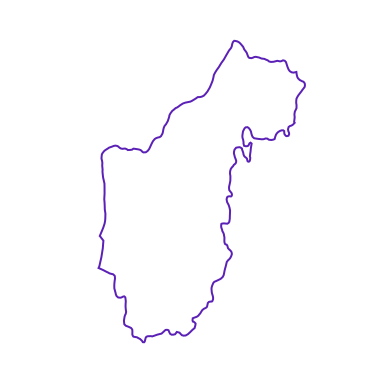 outline of Miory, Vitebsk, Belarus, rotated 279°
{"feature_id": "67162791B84307245476990", "entity_name": "Miory", "entity_type": "district", "adm_level": 2, "iso_a3": "BLR", "parent_name": "Belarus", "parent_adm1": "Vitebsk", "projection": "robinson", "projection_center": [27.827, 55.577], "detail": "fine", "context": "isolated", "style": "outline", "palette": "violet", "viewbox_px": 384, "rotation_deg": 279, "n_neighbors": 0, "source": "geoboundaries", "source_scale": "gbopen_adm2", "svg_char_len": 5929}
<svg xmlns="http://www.w3.org/2000/svg" viewBox="0 0 384 384"><g transform="rotate(279 192 192)"><path d="M58.1,215.9L58.3,215.9L59.5,216.0L61.0,216.2L62.7,216.1L63.4,215.2L64.1,214.1L64.2,213.1L65.3,212.6L66.6,212.5L67.4,212.5L68.0,213.5L68.9,215.1L69.4,216.1L70.8,217.6L72.3,218.4L73.3,219.1L75.3,219.9L76.9,220.6L78.5,222.0L79.3,223.2L80.3,224.4L81.2,224.8L83.0,224.9L84.8,225.0L86.0,225.8L86.4,226.6L86.7,227.6L86.9,228.7L87.5,229.2L89.4,229.6L91.3,229.3L92.8,228.7L94.2,228.0L95.8,227.3L99.0,226.5L100.2,226.3L102.2,226.5L105.3,227.2L106.8,228.1L107.7,229.6L108.8,231.2L110.0,232.9L110.7,233.9L111.6,234.6L113.0,235.7L115.0,236.3L116.9,236.4L119.8,236.5L121.9,236.7L123.5,236.9L125.7,237.1L128.4,237.3L130.2,238.3L131.3,239.2L132.6,240.0L134.5,240.7L136.9,241.1L138.2,240.7L139.3,240.1L140.4,238.8L141.2,237.5L142.2,236.3L144.3,235.4L145.4,234.5L145.5,233.5L146.0,232.6L147.3,232.0L148.8,231.6L150.4,231.4L152.4,231.1L153.6,230.6L155.2,230.1L156.8,229.2L158.0,228.2L159.5,227.6L160.9,226.8L162.0,226.3L163.7,226.0L165.1,226.0L165.5,226.6L166.0,228.4L166.1,230.0L166.2,231.8L167.1,232.9L168.4,233.5L171.5,233.5L174.6,233.1L178.1,232.7L179.7,232.5L182.4,231.5L184.8,230.3L185.9,229.5L187.3,228.4L188.4,227.9L190.3,227.3L192.3,227.5L193.1,228.2L193.6,229.4L193.7,231.2L194.6,231.9L196.1,231.8L197.4,231.0L198.4,229.8L199.7,228.5L201.5,228.0L203.0,227.8L206.1,228.0L209.1,228.1L211.3,227.8L213.9,227.4L215.9,226.7L218.4,226.4L220.8,226.7L222.5,227.5L223.7,228.4L225.4,229.1L226.2,229.9L227.1,230.6L228.6,230.9L229.7,230.8L231.8,229.7L233.1,228.9L235.0,228.1L236.9,227.3L238.6,227.2L240.5,227.4L242.6,228.6L243.2,230.1L243.7,232.0L243.5,233.0L242.8,234.5L241.8,234.8L240.4,235.6L238.7,236.5L237.4,236.9L235.8,237.8L234.9,238.9L234.3,240.1L233.6,241.0L232.2,241.6L231.2,242.0L230.9,242.4L230.8,243.4L230.9,243.5L231.8,244.2L233.6,244.3L235.0,244.2L236.2,243.6L239.0,243.5L241.0,243.5L244.0,243.3L245.6,243.3L247.8,243.3L249.2,243.3L249.9,242.1L249.1,241.2L246.6,240.4L245.8,239.1L245.6,237.6L245.8,236.2L247.9,235.3L249.3,235.1L251.7,234.3L253.2,233.5L255.0,233.0L257.0,232.9L259.9,232.9L263.0,233.9L264.2,234.8L264.7,236.6L264.1,238.0L262.6,239.6L260.9,240.8L258.8,241.6L257.2,242.4L255.9,243.3L254.8,245.0L254.8,246.9L254.8,248.7L255.0,252.8L255.4,254.5L256.4,256.4L256.5,258.1L255.7,259.7L255.7,261.0L255.8,262.3L256.4,264.0L257.2,265.3L259.8,265.6L261.8,266.0L263.3,266.7L264.8,267.8L266.2,269.5L267.0,271.1L267.2,272.5L266.6,273.5L264.0,274.1L263.4,274.5L262.2,275.8L262.0,277.0L262.7,278.5L264.4,278.9L265.8,278.5L267.0,277.7L269.0,277.0L271.4,277.3L272.6,278.6L273.1,279.7L273.7,280.5L274.4,281.2L275.7,282.1L276.4,282.6L277.2,281.9L280.1,281.8L282.0,281.7L283.1,281.4L284.8,281.0L287.5,281.0L289.4,281.6L291.2,282.1L294.4,281.6L296.2,281.0L298.2,280.7L300.5,280.6L302.7,281.3L304.5,282.1L306.7,283.3L308.3,284.2L309.8,284.9L311.8,286.0L313.3,286.8L314.7,286.9L316.3,286.6L317.5,285.9L318.4,284.7L318.6,283.4L319.1,282.1L319.5,280.8L320.9,278.9L322.1,278.0L324.5,277.0L326.9,276.3L326.3,274.9L325.8,273.6L325.8,271.7L326.6,269.7L328.0,268.3L330.6,266.7L332.4,265.8L335.0,264.5L336.1,263.1L336.3,261.3L335.2,259.8L334.8,258.5L334.9,255.6L334.2,254.1L333.4,252.2L332.8,249.6L333.0,247.7L333.9,246.2L334.3,244.3L334.8,242.7L334.7,239.8L335.3,237.3L335.5,233.9L335.1,232.5L334.1,231.0L333.5,229.7L333.4,227.6L334.3,226.4L336.0,225.4L338.0,224.3L339.2,223.2L341.0,221.3L343.4,219.8L345.3,217.6L346.3,216.4L347.1,215.2L347.8,213.4L348.0,211.2L347.9,210.0L346.7,209.1L346.4,209.0L345.3,208.7L343.4,208.5L342.1,208.5L340.3,208.0L337.5,206.4L332.6,204.5L328.0,202.8L323.8,200.7L319.4,198.9L316.5,197.4L313.7,196.2L311.0,195.3L308.1,195.2L305.0,194.9L301.0,194.0L297.9,193.2L293.6,191.5L291.0,190.0L289.0,188.6L287.8,186.9L287.1,185.3L286.6,182.8L285.0,181.2L283.8,179.8L282.1,177.8L281.1,176.4L280.5,174.9L279.2,171.4L278.0,169.2L275.9,166.8L274.4,165.4L273.1,164.0L272.3,162.7L270.5,161.2L269.0,159.8L266.3,158.4L264.3,157.7L262.6,157.7L258.3,157.0L254.8,155.7L253.0,154.6L251.1,154.1L249.0,153.9L246.8,153.9L245.1,153.7L242.2,152.6L241.1,151.4L240.6,150.1L239.7,148.3L238.5,146.9L236.3,145.6L234.7,145.0L232.8,144.4L229.9,143.6L227.6,142.9L225.5,141.7L224.0,140.1L223.5,137.8L223.9,136.8L224.9,135.5L225.4,134.6L225.6,133.5L225.7,132.1L225.7,130.6L225.7,129.6L225.7,128.5L225.6,127.3L224.4,126.1L223.9,124.4L223.4,122.0L224.1,120.8L224.4,119.3L224.2,118.0L223.8,116.8L223.8,115.1L224.4,113.5L225.0,112.6L225.6,111.6L225.8,110.6L225.8,109.0L225.3,107.6L224.3,105.9L223.5,104.4L222.8,103.1L221.7,102.0L219.9,99.9L218.5,98.7L216.1,97.4L214.9,97.1L212.6,97.2L210.7,97.4L209.0,98.2L206.8,98.9L204.0,99.2L200.1,100.2L198.1,100.4L195.0,101.2L192.5,101.9L186.7,104.2L183.4,104.8L176.7,105.9L173.7,106.2L171.0,106.5L168.7,107.1L164.9,107.9L161.1,108.6L158.6,109.4L156.9,109.9L155.3,110.1L152.3,110.5L149.9,110.7L147.0,110.6L142.8,109.9L139.8,109.2L134.1,107.8L133.9,108.1L130.1,112.1L122.4,112.7L113.5,112.7L104.2,112.1L102.3,111.6L101.7,114.0L100.9,116.8L99.8,120.0L99.3,121.8L98.7,123.3L98.5,125.6L98.4,126.9L97.2,128.7L96.6,129.0L94.3,129.5L92.2,129.5L88.8,129.7L86.7,130.0L84.6,130.4L82.8,131.2L80.8,132.1L78.8,132.9L77.4,133.8L76.3,135.5L76.3,136.7L76.5,138.2L77.2,139.4L78.0,140.4L78.3,141.5L77.5,142.6L75.9,143.1L73.7,143.7L71.5,143.9L69.0,144.2L67.5,144.5L64.8,145.2L63.3,145.7L61.3,145.6L59.7,145.1L58.1,144.9L56.6,144.9L54.3,144.9L52.7,145.3L50.7,145.9L49.5,147.7L49.1,149.8L48.5,152.0L48.1,153.2L46.8,154.5L45.2,154.9L43.2,155.2L42.1,155.3L40.9,155.9L40.0,156.7L39.9,158.3L39.9,160.3L39.1,162.4L38.7,163.7L37.5,165.5L36.9,166.2L36.0,166.9L36.1,168.2L36.9,168.7L39.0,168.9L40.6,169.0L41.9,169.6L42.7,171.1L43.2,174.0L43.2,175.4L44.4,177.7L45.7,180.1L47.4,184.1L49.8,186.0L51.6,187.4L52.0,188.9L51.8,190.4L49.7,191.7L48.5,192.6L47.9,194.1L48.2,195.9L48.9,197.6L51.4,198.9L51.1,201.7L50.0,203.0L49.0,204.4L48.8,206.1L49.3,208.2L51.0,210.3L53.4,212.2L55.9,214.0L58.1,215.9Z" fill="none" stroke="#5b21b6" stroke-width="2"/></g></svg>